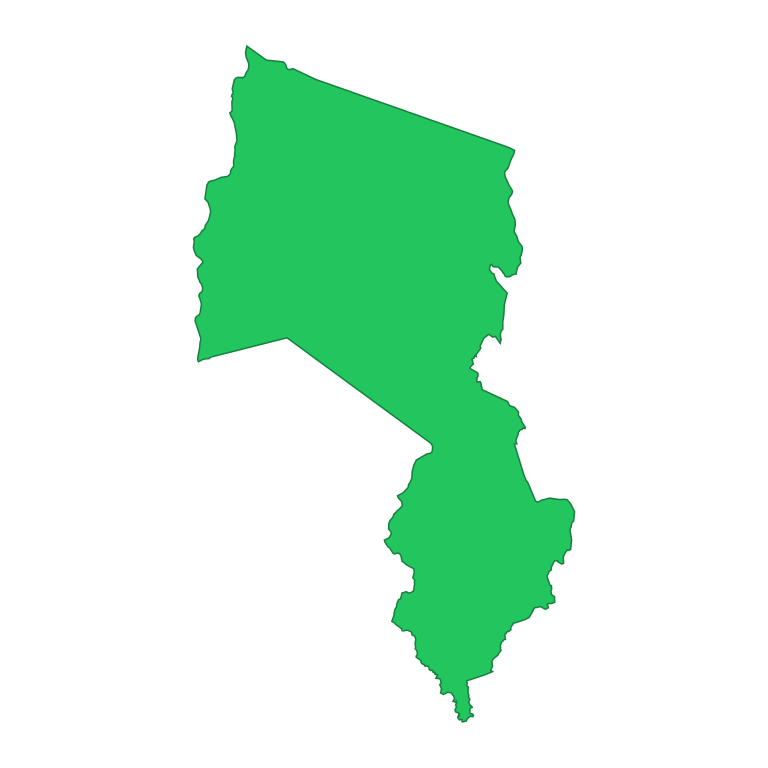 Tafí del Valle, Tucumán, Argentina (orthographic projection)
{"feature_id": "61730980B13889034691247", "entity_name": "Tafí del Valle", "entity_type": "district", "adm_level": 2, "iso_a3": "ARG", "parent_name": "Argentina", "parent_adm1": "Tucumán", "projection": "orthographic", "projection_center": [-65.815, -26.661], "detail": "fine", "context": "isolated", "style": "filled", "palette": "green", "viewbox_px": 768, "rotation_deg": 0, "n_neighbors": 0, "source": "geoboundaries", "source_scale": "gbopen_adm2", "svg_char_len": 6092}
<svg xmlns="http://www.w3.org/2000/svg" viewBox="0 0 768 768"><path d="M391.8,621.4L394.8,623.1L395.5,624.2L401.4,628.6L402.0,630.6L403.6,630.9L406.1,630.3L408.2,630.4L411.7,632.3L411.9,634.7L414.5,636.1L415.5,637.9L415.7,639.5L415.1,643.0L415.6,647.4L415.2,648.6L416.8,650.7L417.4,652.4L417.1,653.0L417.5,653.3L417.4,654.5L416.2,656.0L416.2,657.2L420.6,660.3L421.1,660.8L420.9,662.2L421.4,663.0L422.8,664.2L424.1,664.3L424.5,665.8L425.6,666.3L426.2,665.8L428.3,666.5L429.2,668.3L429.1,669.4L430.8,670.6L431.6,670.1L432.9,670.7L433.3,671.3L432.9,672.0L433.2,672.4L435.1,672.6L434.7,673.5L435.0,674.3L436.9,674.5L437.6,675.0L437.5,675.6L436.6,676.2L436.7,676.7L435.9,678.3L439.8,678.8L440.7,680.2L440.7,681.5L441.4,683.1L439.7,684.6L441.7,689.0L441.1,689.7L441.1,691.1L440.5,692.9L443.4,694.4L446.2,693.2L447.5,692.2L451.5,693.0L452.7,695.1L453.5,695.5L454.5,698.8L454.3,699.6L453.4,700.1L453.0,701.3L455.4,702.2L456.3,701.0L456.7,702.0L455.6,705.2L456.4,706.4L455.9,708.4L455.0,709.8L455.2,711.0L456.0,712.2L458.4,712.7L459.5,713.8L458.6,714.2L458.6,715.3L459.2,715.9L457.8,716.6L457.8,717.8L459.3,719.8L459.9,719.9L460.6,719.4L462.0,719.5L462.0,721.5L462.3,721.9L466.2,721.1L467.1,719.0L469.6,716.7L470.4,716.3L472.8,716.7L473.4,715.5L472.8,714.1L470.3,713.4L469.8,712.5L470.0,711.6L469.7,710.2L470.4,707.9L472.1,707.5L472.3,707.1L469.5,704.3L468.7,702.0L469.9,699.2L468.5,697.0L468.8,695.6L467.9,691.9L468.2,689.9L467.9,689.0L468.4,687.3L466.7,685.7L467.3,683.0L466.6,682.1L466.9,680.8L485.7,674.5L492.6,671.6L490.6,670.3L492.5,666.4L492.0,661.8L492.6,659.8L494.1,658.1L497.9,655.2L499.1,652.8L501.1,650.4L500.3,648.5L500.7,647.3L500.3,645.8L501.4,642.6L502.1,641.5L502.9,641.1L503.8,639.7L505.5,639.3L504.7,634.7L505.3,633.7L506.6,633.0L507.3,631.5L508.8,631.4L511.0,629.7L510.5,628.9L511.3,626.4L513.0,624.4L513.2,623.2L515.4,622.8L526.0,619.2L527.1,618.3L528.1,618.1L529.3,617.2L533.2,610.5L533.3,609.5L534.6,607.9L540.4,606.6L545.4,609.3L548.4,607.7L548.3,606.7L547.1,605.1L547.3,604.1L548.1,604.1L549.1,603.4L551.2,603.6L554.7,602.3L554.5,596.5L553.9,596.5L551.2,594.1L551.2,592.0L550.7,591.2L551.7,589.2L551.4,585.6L550.2,585.5L547.0,576.6L547.0,575.6L548.4,573.6L549.1,571.4L551.1,570.2L551.3,567.3L554.5,560.8L557.8,560.9L557.7,561.7L561.8,564.1L563.6,563.3L563.3,556.8L565.1,553.0L567.3,550.0L568.7,550.5L570.1,549.5L570.6,549.6L571.6,540.0L569.9,529.4L571.0,527.3L571.8,522.9L573.6,521.1L574.6,511.7L570.4,503.4L567.2,499.7L565.0,499.3L559.1,499.5L549.8,498.1L541.5,500.2L538.3,502.0L536.7,501.7L535.5,500.9L528.0,483.0L525.7,479.5L523.7,474.3L514.4,444.0L516.9,443.8L515.9,441.5L516.1,439.5L518.3,433.8L518.3,432.3L519.3,431.3L520.0,430.0L522.4,429.2L522.8,428.1L524.9,428.6L525.3,427.8L524.9,426.5L524.4,426.1L521.8,421.8L521.1,419.0L518.7,415.7L518.3,414.7L518.6,412.2L514.5,407.3L509.6,405.7L507.5,401.5L481.8,389.5L482.0,388.0L481.8,387.0L481.1,386.3L481.3,384.3L480.3,381.8L479.5,381.7L478.9,382.2L477.7,381.8L477.1,382.0L476.5,380.1L477.2,379.1L476.7,378.0L478.0,376.2L478.0,373.8L477.3,372.6L471.3,369.3L470.1,368.5L470.0,368.0L470.2,367.2L473.4,363.9L472.6,362.4L472.7,360.9L471.7,359.2L473.9,358.1L474.7,355.9L476.3,356.5L476.0,354.9L480.8,348.1L480.1,346.3L483.8,338.2L488.8,334.3L492.7,337.1L495.4,336.5L500.2,343.3L501.1,339.4L500.5,336.6L500.4,333.6L501.4,330.9L502.8,329.2L502.8,321.9L503.8,315.2L504.4,304.4L507.2,293.1L496.3,281.1L493.7,273.8L492.1,273.3L489.4,269.5L490.1,265.5L491.6,264.4L492.6,266.1L494.0,266.9L498.0,266.9L501.5,270.4L503.4,273.4L504.1,273.8L504.9,275.8L506.7,277.0L510.2,276.5L511.8,275.2L515.0,274.1L516.1,274.0L515.9,273.7L517.7,266.9L520.8,263.1L520.0,257.3L521.3,254.9L522.3,250.4L522.3,247.7L521.7,245.9L518.4,241.8L516.8,236.2L514.3,232.0L514.3,229.9L515.4,224.6L514.8,219.1L512.6,214.6L510.8,209.4L508.5,204.3L508.1,201.2L509.2,197.6L511.7,194.3L512.5,191.5L512.1,190.2L509.1,185.4L505.2,176.9L504.7,173.7L504.7,172.2L505.3,170.9L507.5,168.9L508.2,167.5L510.6,160.6L513.8,153.9L514.6,150.4L508.8,147.5L315.6,79.4L292.8,68.6L289.6,69.6L287.9,69.4L286.7,68.1L285.9,65.1L285.0,63.6L283.2,61.9L266.4,60.1L246.8,46.1L245.5,52.5L246.2,57.1L248.8,63.9L248.8,67.2L248.0,70.0L246.3,72.5L244.7,76.4L242.9,77.6L238.5,77.3L237.2,77.6L235.9,78.2L234.4,79.7L232.2,88.8L233.3,93.0L232.0,94.7L231.5,96.4L232.5,97.5L232.8,98.6L231.9,101.7L232.1,110.3L231.6,111.5L229.8,112.9L231.0,116.2L232.7,119.1L234.2,122.6L236.4,133.4L237.0,140.7L234.8,146.6L235.1,150.3L234.5,155.4L234.9,156.0L234.1,157.9L233.5,161.3L233.7,166.3L231.9,168.4L230.6,170.7L230.4,173.7L228.7,175.6L226.6,176.6L221.3,177.3L214.4,180.3L211.0,180.9L208.6,182.0L206.9,185.1L204.9,198.8L208.0,202.3L210.1,208.7L210.6,211.6L209.3,217.6L208.3,220.9L205.3,225.4L204.9,227.8L204.0,229.3L201.7,231.0L200.5,233.4L197.8,236.1L194.5,237.4L193.7,239.1L194.3,241.6L193.4,247.5L194.5,251.5L196.3,255.5L200.8,258.8L202.6,261.1L202.8,262.9L201.5,263.8L197.3,269.0L197.9,277.5L199.0,279.5L200.0,282.3L201.2,283.7L202.5,287.2L202.6,288.9L202.2,291.4L199.5,293.7L198.9,295.4L199.1,297.1L200.0,298.4L200.1,299.7L200.8,301.5L201.4,304.2L200.1,312.9L199.0,314.9L196.8,316.3L195.6,317.8L195.0,320.6L200.9,338.7L200.0,343.0L199.6,348.0L198.0,356.4L197.7,359.9L198.4,361.7L203.1,359.4L205.1,358.9L209.1,358.6L210.7,357.1L287.0,337.8L430.9,443.3L432.4,445.9L432.6,448.1L432.2,451.0L431.5,452.5L430.2,453.4L428.0,453.6L426.2,454.3L416.4,460.0L413.8,465.1L412.1,472.1L411.9,477.9L410.2,482.2L408.5,484.8L408.1,487.5L403.0,492.9L397.5,495.7L398.2,497.7L401.5,501.4L402.3,504.9L401.8,506.4L399.1,509.3L396.6,511.3L395.8,512.6L393.9,514.0L392.9,517.2L390.0,520.6L388.9,523.2L388.6,529.1L390.7,531.5L391.5,534.0L390.5,535.1L389.6,537.1L388.1,538.4L384.4,540.0L384.9,542.1L387.8,546.7L389.6,547.8L392.8,552.9L394.5,554.0L397.7,553.0L399.1,553.5L400.3,554.6L401.3,556.8L401.5,559.1L402.1,561.2L407.2,565.3L413.8,568.7L414.1,571.0L414.1,573.0L412.8,577.8L414.5,579.7L414.5,584.4L413.7,590.2L413.1,591.3L410.8,592.6L408.6,593.1L406.3,591.7L402.0,593.0L400.5,599.0L398.8,599.4L397.8,601.3L396.7,604.5L396.5,606.9L394.9,609.5L394.1,613.0L394.1,615.0L391.8,621.4Z" fill="#22c55e" stroke="#15803d" stroke-width="1.5"/></svg>